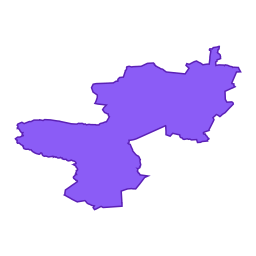 Svariņu pag., Dagdas, Latvia (Natural Earth projection)
{"feature_id": "27541924B20848799608576", "entity_name": "Svariņu pag.", "entity_type": "district", "adm_level": 2, "iso_a3": "LVA", "parent_name": "Latvia", "parent_adm1": "Dagdas", "projection": "natural_earth1", "projection_center": [27.7, 56.101], "detail": "fine", "context": "isolated", "style": "filled", "palette": "violet", "viewbox_px": 256, "rotation_deg": 0, "n_neighbors": 0, "source": "geoboundaries", "source_scale": "gbopen_adm2", "svg_char_len": 5622}
<svg xmlns="http://www.w3.org/2000/svg" viewBox="0 0 256 256"><path d="M219.3,46.4L218.8,46.4L217.3,47.0L213.2,47.6L212.3,48.9L210.8,48.9L209.9,48.8L209.5,49.4L209.4,49.9L209.5,50.2L210.8,50.8L210.7,52.0L210.2,54.9L209.9,57.0L209.9,58.5L209.2,64.1L207.3,64.1L204.4,64.5L202.9,64.8L202.0,64.1L200.4,63.0L198.9,62.4L196.5,61.0L194.2,61.7L189.2,64.3L186.8,63.6L186.0,65.4L189.0,68.2L185.1,73.9L166.3,72.0L164.1,70.4L163.9,70.4L163.8,70.1L162.9,69.4L162.0,69.0L161.0,68.9L158.5,67.4L157.7,67.2L156.5,66.3L155.7,66.1L155.6,65.7L155.2,65.5L154.3,64.6L154.3,64.2L154.5,64.1L153.5,63.0L148.2,63.3L147.3,63.4L141.2,66.3L132.8,66.7L131.9,67.0L129.1,66.3L126.9,66.8L126.6,67.4L126.6,69.1L126.3,69.7L125.3,70.6L125.4,71.2L125.1,71.8L123.4,77.1L119.6,77.5L117.9,79.3L117.9,81.1L116.8,81.3L116.2,81.1L113.3,82.9L107.4,83.2L102.1,83.4L96.1,83.6L93.2,84.2L91.5,87.7L93.1,92.1L97.3,95.0L97.3,97.1L97.2,97.8L96.2,100.7L95.4,102.6L94.9,103.4L97.6,104.0L106.4,105.0L103.7,107.9L102.6,109.7L104.6,112.5L105.8,113.0L107.3,113.8L108.2,114.0L108.2,114.5L108.4,114.7L108.4,115.7L109.4,116.7L106.5,121.7L105.2,122.0L104.5,122.2L102.9,122.9L100.3,123.5L99.4,124.2L99.2,124.7L98.9,124.9L96.3,125.0L96.1,125.0L95.8,124.7L90.8,124.6L89.0,124.3L86.4,124.8L85.1,123.9L83.9,124.4L82.8,123.5L82.4,123.4L81.8,123.5L81.1,123.3L79.9,123.6L79.6,123.4L78.5,123.3L77.5,123.8L77.4,123.9L76.4,124.1L71.4,123.8L59.6,121.3L59.6,121.2L58.9,121.1L56.9,120.9L50.5,119.9L44.6,119.6L43.1,120.5L39.7,119.8L39.6,120.1L33.9,120.1L31.0,121.6L29.4,121.5L24.1,123.6L21.9,122.3L17.9,124.0L17.5,124.5L17.2,125.4L18.0,126.1L17.9,127.5L17.3,127.8L17.3,128.4L17.5,128.3L18.5,128.9L19.0,129.0L19.4,129.5L20.3,131.2L21.6,132.7L21.9,132.8L22.8,132.7L22.1,134.2L22.6,134.9L23.2,135.3L22.9,135.9L21.7,135.9L21.4,136.4L20.1,137.0L19.4,137.1L17.7,137.1L16.4,138.0L15.4,138.8L16.4,140.0L17.1,140.1L17.2,140.8L17.1,141.0L17.0,142.4L17.6,142.9L17.6,143.2L18.9,143.1L19.4,143.3L19.9,143.6L20.5,144.3L21.4,144.9L22.4,145.3L23.0,145.8L22.7,146.0L22.9,146.3L23.2,146.3L23.3,147.1L23.6,147.4L23.5,147.9L23.6,148.1L23.7,148.3L24.1,148.7L26.0,149.3L27.9,149.2L28.4,149.2L29.8,149.9L31.1,149.8L31.6,150.5L32.0,150.7L32.3,151.4L32.6,151.6L33.3,151.9L34.1,152.5L34.2,152.4L34.9,152.9L36.5,153.6L39.2,154.3L40.1,153.8L40.4,153.2L40.6,153.0L41.3,153.0L41.9,153.3L42.0,153.7L42.0,154.1L42.5,155.1L43.0,155.6L44.1,156.2L44.5,156.3L45.6,156.1L47.1,156.4L47.6,156.7L48.8,157.0L49.2,156.9L49.9,156.7L51.1,156.6L52.8,156.3L53.6,156.5L53.5,157.1L54.4,156.7L54.6,156.7L54.9,156.8L55.2,157.1L55.4,157.2L55.7,156.9L56.0,156.8L57.5,157.8L58.1,158.0L59.5,157.9L60.5,157.4L61.0,157.9L62.0,157.9L62.4,158.3L62.3,158.8L63.9,159.4L66.1,159.3L66.8,160.2L67.2,160.3L67.7,160.7L68.5,160.9L69.2,160.7L70.0,160.7L70.5,160.3L71.4,160.1L73.0,160.9L74.4,161.2L75.2,161.8L75.6,162.2L76.1,163.2L75.9,163.7L74.6,164.0L74.1,164.0L74.2,164.5L73.9,164.8L73.7,164.8L75.4,165.8L76.1,166.4L76.0,166.7L76.2,167.3L77.3,168.3L77.6,169.1L77.6,169.5L77.5,170.0L77.3,170.2L76.9,170.5L76.4,170.4L76.3,170.5L76.5,171.1L76.5,171.4L76.0,172.4L75.9,173.0L76.6,174.3L76.6,174.5L76.0,174.4L75.7,174.1L75.4,174.1L75.2,175.2L73.6,176.7L73.4,177.1L73.4,177.6L73.7,178.3L74.1,178.5L74.4,179.0L75.6,179.7L75.9,180.4L76.1,180.5L77.0,180.5L77.4,181.1L77.4,181.4L77.3,181.5L77.1,181.9L71.2,185.9L70.6,186.4L65.4,190.0L64.9,193.1L64.9,194.7L64.4,195.0L70.1,198.1L71.9,199.2L77.3,201.9L77.5,201.8L84.9,200.6L85.6,201.2L87.2,203.2L88.6,204.0L89.9,204.4L91.8,205.4L94.3,205.9L93.1,207.6L94.5,209.6L96.3,208.9L101.1,206.4L103.1,207.5L122.0,206.2L122.0,202.8L121.7,202.8L121.8,201.3L121.2,191.1L125.4,189.6L127.7,188.9L131.7,188.6L132.5,188.8L135.7,188.9L140.2,183.3L144.6,177.5L148.0,176.0L140.1,174.9L139.9,174.7L139.9,174.4L139.6,174.2L139.5,173.9L139.3,173.5L138.7,173.2L138.7,172.9L138.0,172.5L137.9,171.7L137.4,171.3L137.3,171.1L137.7,170.3L137.8,169.6L137.8,168.8L137.6,168.6L138.1,168.7L139.9,167.6L140.0,166.7L139.8,166.6L140.0,166.1L140.4,166.0L140.7,164.6L140.7,164.2L140.3,163.3L140.1,161.9L139.9,161.2L139.9,160.7L140.3,159.8L140.3,159.4L139.6,158.7L139.3,157.4L138.6,156.4L138.1,156.0L137.3,155.7L135.8,154.6L132.7,150.9L132.6,150.6L132.6,149.9L131.2,146.9L130.2,144.4L128.7,143.9L128.4,143.7L128.0,143.2L128.9,142.7L129.2,141.1L129.0,140.3L130.6,140.2L132.9,139.8L134.5,139.4L136.3,138.8L165.5,125.7L165.7,125.9L166.0,131.2L166.0,134.7L170.1,136.2L172.7,133.3L179.7,134.9L180.0,136.7L180.6,137.5L182.3,138.1L183.1,139.2L184.1,139.4L187.3,138.8L188.3,139.3L189.7,139.1L191.5,139.9L196.6,139.6L197.5,142.5L200.6,142.3L202.1,141.5L207.6,141.0L207.4,140.0L208.1,139.3L208.7,139.2L208.9,138.5L207.9,137.9L207.1,136.7L206.9,136.2L205.9,135.5L205.7,135.1L205.6,134.6L205.4,134.1L204.9,133.9L204.3,134.2L203.5,133.8L203.4,132.7L203.5,132.5L205.3,131.7L208.9,130.5L208.7,130.3L212.8,122.2L214.0,119.7L213.0,117.6L215.4,115.5L216.4,114.5L217.6,115.0L219.9,116.6L221.5,115.3L222.2,114.5L225.2,112.6L228.5,109.0L233.3,104.1L233.1,103.0L232.8,102.6L232.0,102.0L231.5,101.9L227.0,102.2L226.2,101.0L225.3,99.3L225.0,91.3L235.1,86.7L233.9,85.6L233.9,83.9L232.0,83.6L231.8,83.0L236.5,72.0L240.6,71.8L239.0,68.9L238.4,67.5L233.7,67.2L232.7,67.4L232.2,66.8L231.0,66.5L230.1,66.4L227.6,65.3L225.3,64.9L224.4,65.6L224.0,65.1L218.9,64.9L216.0,65.4L216.1,65.1L215.7,64.2L215.8,64.0L215.6,62.7L215.8,61.9L216.9,61.4L217.1,59.8L217.5,59.6L219.0,59.3L219.6,58.8L220.4,58.7L220.6,58.6L220.4,57.7L220.6,56.9L220.3,56.1L220.3,55.3L220.2,55.0L219.3,54.0L218.3,53.4L217.5,52.6L217.8,52.3L217.7,51.0L217.9,50.7L218.1,49.6L218.6,49.5L219.0,48.8L219.2,47.6L219.2,47.3L218.9,47.1L219.0,46.9L218.8,46.8L219.3,46.5L219.3,46.4Z" fill="#8b5cf6" stroke="#5b21b6" stroke-width="1.5"/></svg>